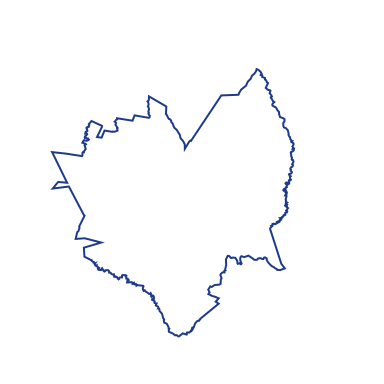 outline of Mount Darwin, Mashonaland Central, Zimbabwe, rotated 55°
{"feature_id": "62879985B29850987700829", "entity_name": "Mount Darwin", "entity_type": "district", "adm_level": 2, "iso_a3": "ZWE", "parent_name": "Zimbabwe", "parent_adm1": "Mashonaland Central", "projection": "robinson", "projection_center": [31.728, -16.538], "detail": "fine", "context": "isolated", "style": "outline", "palette": "blue", "viewbox_px": 384, "rotation_deg": 55, "n_neighbors": 0, "source": "geoboundaries", "source_scale": "gbopen_adm2", "svg_char_len": 5996}
<svg xmlns="http://www.w3.org/2000/svg" viewBox="0 0 384 384"><g transform="rotate(55 192 192)"><path d="M116.9,289.7L148.9,293.8L149.6,293.3L149.4,292.9L155.6,304.3L157.0,304.8L159.0,307.7L159.1,309.1L163.7,314.2L168.4,306.4L181.3,295.4L175.6,312.5L183.3,317.2L189.6,313.9L190.0,313.3L190.7,313.7L192.5,313.0L193.2,313.2L193.4,312.5L194.9,312.9L195.0,312.2L195.5,313.2L196.8,313.3L197.3,313.1L197.4,312.0L198.3,312.6L200.9,311.6L201.1,312.1L200.8,313.0L202.0,313.3L203.8,311.3L203.7,310.6L203.0,310.1L202.9,309.3L204.8,309.6L205.2,309.3L206.0,309.6L206.9,309.4L207.0,308.7L206.6,307.5L208.0,305.5L209.3,305.4L210.5,306.1L211.4,305.0L212.8,305.0L214.1,304.3L214.6,303.2L216.5,304.3L216.8,303.5L217.6,303.6L217.9,302.6L219.0,302.2L219.8,302.5L221.4,302.3L221.4,301.6L220.7,300.8L220.6,300.1L221.8,298.3L220.3,297.3L220.2,296.8L221.2,295.1L222.0,294.8L222.0,294.3L221.7,294.5L222.3,293.9L223.0,293.8L223.8,294.7L225.3,295.5L226.0,294.4L227.7,294.3L228.0,294.5L227.4,295.1L227.5,295.7L228.9,297.1L231.4,293.0L232.0,292.8L233.2,293.5L233.4,292.9L233.0,292.1L233.1,291.5L234.7,292.1L235.1,291.7L235.2,290.7L235.6,290.5L236.9,291.2L237.0,290.1L240.8,285.8L241.4,285.8L242.6,287.5L244.1,288.2L245.3,288.3L245.4,287.1L246.3,287.2L251.0,285.5L251.3,284.7L251.1,283.9L252.8,284.2L253.6,285.2L254.7,285.3L254.5,283.4L255.3,283.2L257.1,283.9L257.0,286.0L257.3,286.6L257.9,286.4L258.2,285.0L259.2,285.6L260.2,285.3L261.1,286.3L261.8,286.2L263.0,284.9L264.2,286.7L266.5,285.6L267.9,285.9L268.1,286.5L268.6,285.9L269.2,285.9L270.7,286.8L274.6,286.4L278.9,288.0L280.4,287.9L281.0,288.7L283.1,289.7L285.4,288.2L289.5,288.8L290.5,289.5L291.1,289.1L291.9,290.3L293.2,291.1L297.3,288.7L299.7,288.1L300.5,286.6L302.3,286.1L302.8,285.5L302.5,280.7L305.7,278.2L305.3,277.5L304.7,277.5L304.2,276.6L305.6,274.8L305.3,273.6L305.6,272.7L304.9,272.3L305.4,271.4L304.5,269.6L303.8,270.3L303.4,269.9L303.3,269.3L303.8,268.9L303.8,268.1L301.4,264.8L300.7,261.7L301.5,260.0L301.0,259.3L301.1,258.4L300.6,258.1L298.8,234.2L295.4,235.5L294.4,231.1L291.0,233.2L288.9,235.0L285.0,237.1L284.3,235.2L281.3,234.7L279.8,231.2L281.1,230.3L281.2,226.8L283.6,222.6L283.6,221.2L280.6,218.9L279.5,217.2L276.4,216.4L275.7,215.5L275.4,213.6L275.6,212.6L276.5,211.5L275.1,210.7L275.4,209.6L274.8,209.6L271.3,205.8L266.7,202.9L264.8,199.4L265.7,198.3L268.6,197.8L269.1,196.2L270.7,194.3L274.4,194.4L276.3,195.6L277.2,195.6L277.6,193.9L279.1,193.6L279.3,193.0L279.0,192.4L275.8,191.7L274.4,190.9L273.1,189.5L272.9,188.4L275.3,186.5L276.5,182.3L281.7,180.2L282.6,180.2L283.8,179.3L284.8,177.6L284.4,175.9L285.0,174.6L285.7,173.7L287.2,172.9L287.8,172.0L287.1,170.8L287.4,169.7L289.2,168.9L290.0,169.6L292.7,170.0L295.2,169.8L298.4,169.2L300.4,168.1L302.4,167.6L303.5,166.8L304.7,166.9L306.6,164.3L307.8,159.8L302.0,160.0L267.0,149.2L266.3,148.3L266.0,146.0L265.2,146.3L265.3,145.6L264.4,144.4L265.0,144.0L264.9,143.4L265.3,143.3L265.3,142.8L266.1,142.3L266.3,140.4L265.6,140.1L265.8,139.8L265.3,139.5L265.5,137.9L265.6,137.6L266.5,138.1L266.6,137.3L265.7,136.3L265.8,135.5L265.2,135.6L265.2,134.3L263.9,134.7L264.4,133.5L264.1,132.5L264.6,132.2L263.6,130.3L263.6,130.0L264.1,130.0L264.2,128.6L262.6,127.6L263.1,126.1L262.6,125.9L262.5,125.1L262.1,125.0L261.7,125.7L261.3,125.7L260.3,122.6L259.6,122.9L258.1,122.4L258.1,123.2L256.5,123.6L256.0,122.5L256.9,121.9L256.8,121.2L254.9,121.6L254.6,121.2L255.0,120.2L253.6,120.6L252.8,119.8L251.9,119.6L249.7,117.0L249.1,117.0L248.3,117.8L247.5,116.1L248.0,115.8L247.0,114.8L246.6,115.5L245.6,115.6L245.3,114.3L244.5,114.4L244.0,114.6L243.5,116.2L242.8,116.1L242.3,114.8L243.2,113.6L242.1,112.7L242.4,111.6L241.7,111.4L240.9,109.7L239.3,110.5L238.5,110.4L238.3,109.3L238.6,108.9L240.8,107.9L240.4,107.1L239.3,106.9L238.0,106.0L238.0,105.2L238.9,104.7L238.6,103.9L237.1,103.8L235.6,103.0L235.6,102.2L234.8,102.6L233.2,102.5L233.0,101.9L233.7,100.6L233.5,99.3L232.9,98.7L231.0,99.0L230.3,98.1L229.3,98.1L228.6,96.8L228.8,95.1L227.9,93.8L226.7,94.1L225.8,92.0L225.1,91.3L223.6,91.0L223.0,91.7L222.6,91.7L221.1,90.3L219.9,90.4L218.1,89.2L216.3,88.5L215.9,87.5L216.5,86.5L216.3,84.9L215.2,83.8L214.9,84.9L214.5,85.1L213.7,83.7L212.4,83.7L211.4,81.6L210.3,80.9L208.4,81.8L207.9,80.7L207.3,81.6L206.5,80.9L204.9,81.1L203.3,80.2L202.4,80.5L200.6,80.2L199.7,79.4L196.4,78.1L193.7,78.4L191.9,79.6L190.8,79.5L187.9,77.8L187.1,75.7L185.3,74.4L183.4,75.2L181.2,76.9L177.9,75.9L176.4,74.8L173.7,75.1L171.0,74.7L167.8,76.4L166.7,76.3L165.9,75.3L165.5,73.0L164.0,73.6L161.1,73.2L159.9,73.4L159.5,73.0L159.6,71.8L158.3,71.5L155.6,71.7L154.1,69.7L153.4,69.8L151.4,71.4L149.0,71.9L146.4,67.2L145.0,67.7L143.0,67.2L141.7,67.7L140.4,66.8L138.2,68.5L136.9,67.6L135.7,68.7L135.3,68.3L135.5,67.4L135.2,67.1L133.1,66.9L130.1,67.5L128.4,68.6L129.9,70.4L130.8,72.9L131.2,76.3L132.9,78.9L133.6,82.9L135.9,86.8L136.3,92.8L137.6,96.0L139.0,98.2L129.7,112.6L149.5,163.4L149.0,163.5L149.1,165.3L152.5,173.1L148.8,170.6L145.4,170.1L141.1,170.5L138.2,169.2L132.0,168.9L129.8,169.5L128.1,169.5L124.6,168.5L122.8,168.9L121.4,168.1L119.5,168.4L118.8,169.1L113.4,168.4L113.2,168.6L107.2,164.0L89.0,172.4L91.7,174.5L92.1,175.1L92.3,176.5L93.4,176.4L95.4,177.3L96.7,179.1L97.4,178.9L99.6,179.8L101.1,181.7L102.4,181.9L102.6,182.6L103.7,183.0L105.3,182.8L106.4,183.8L106.5,184.8L96.3,195.1L99.5,199.8L88.6,211.1L89.5,211.6L89.4,212.9L89.9,214.0L90.0,215.0L91.8,214.6L92.9,216.1L96.8,216.2L96.8,216.8L99.0,217.8L98.3,220.7L96.9,222.4L97.0,222.8L91.5,228.4L95.6,234.9L92.5,238.3L86.6,227.7L86.9,227.6L86.4,227.7L76.2,233.6L77.2,237.6L78.0,237.6L79.4,239.1L79.3,239.5L78.9,239.5L78.8,240.9L79.3,240.7L79.7,242.1L81.7,242.4L82.0,242.8L81.8,244.6L82.9,245.9L83.6,244.7L84.5,244.7L85.0,246.0L85.0,247.5L85.6,248.5L86.4,248.8L86.6,247.8L87.9,247.4L88.5,246.5L89.9,246.4L90.0,247.9L89.6,248.9L87.6,251.1L88.8,253.5L91.3,251.6L92.1,251.5L92.1,253.2L95.8,254.4L96.6,256.8L97.5,257.8L96.8,258.3L97.1,259.3L99.2,260.8L99.5,261.5L88.3,273.2L79.1,283.7L112.8,289.0L107.0,295.9L109.3,304.1L116.9,289.7Z" fill="none" stroke="#1e3a8a" stroke-width="2"/></g></svg>